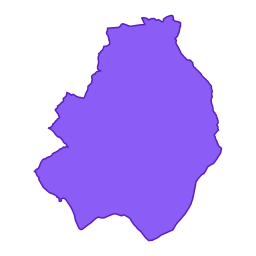 outline of Putna, Suceava, Romania
{"feature_id": "2599482B68434339585175", "entity_name": "Putna", "entity_type": "district", "adm_level": 2, "iso_a3": "ROU", "parent_name": "Romania", "parent_adm1": "Suceava", "projection": "orthographic", "projection_center": [25.576, 47.849], "detail": "fine", "context": "isolated", "style": "filled", "palette": "violet", "viewbox_px": 256, "rotation_deg": 0, "n_neighbors": 0, "source": "geoboundaries", "source_scale": "gbopen_adm2", "svg_char_len": 5607}
<svg xmlns="http://www.w3.org/2000/svg" viewBox="0 0 256 256"><path d="M148.7,240.6L152.4,240.2L157.8,237.6L161.2,235.0L172.8,229.9L173.6,228.8L175.5,225.3L177.2,223.0L185.1,213.9L189.1,207.5L190.9,204.1L192.6,199.1L194.1,192.1L195.3,185.9L196.0,181.7L198.9,177.8L201.4,174.9L203.8,173.6L205.4,171.4L207.4,167.4L208.2,166.5L211.2,164.6L213.3,163.6L214.3,162.5L216.1,160.0L220.6,153.0L221.5,148.6L220.8,147.6L219.0,146.2L218.2,145.2L218.2,144.5L217.7,143.7L217.2,142.9L217.1,142.3L217.0,141.5L216.3,140.2L215.8,139.4L215.5,138.7L215.3,137.4L215.2,137.0L214.2,135.3L214.3,135.0L214.9,134.2L215.7,133.1L217.8,130.5L218.1,130.2L218.4,130.2L218.3,129.8L218.1,129.4L217.9,128.4L217.9,127.0L217.6,125.9L217.0,125.1L217.0,124.5L217.2,124.1L218.0,123.1L218.1,122.6L217.9,120.6L217.6,119.7L217.2,118.2L216.4,116.1L216.0,114.8L215.4,114.2L215.1,113.8L215.0,113.1L214.8,112.8L213.9,112.0L213.3,111.1L213.0,109.3L212.8,107.5L212.3,105.4L211.5,103.5L211.6,103.0L211.2,102.0L211.2,100.4L211.0,99.1L211.5,98.4L212.3,96.9L212.0,95.8L211.6,93.5L211.6,93.1L211.8,92.6L212.3,92.0L212.3,91.4L212.2,90.8L211.9,90.0L211.7,89.5L211.4,89.2L211.5,88.5L211.5,88.0L211.2,85.7L210.4,84.8L209.2,83.6L208.5,82.5L208.0,81.6L206.3,79.9L205.8,79.2L204.6,78.4L204.0,77.7L202.5,76.4L201.7,75.3L201.3,74.3L200.8,73.6L199.1,72.0L198.6,71.3L196.3,69.4L195.5,68.2L195.0,67.8L194.4,67.4L193.7,66.7L193.2,65.7L193.0,64.6L192.7,63.8L192.8,63.3L192.8,62.8L191.2,61.2L190.8,60.6L190.3,60.7L189.9,60.1L189.6,59.9L187.8,60.1L187.0,59.8L186.1,58.9L185.3,57.8L184.0,56.8L183.6,56.2L182.6,55.0L182.5,54.8L181.6,54.1L181.2,53.5L180.8,52.7L180.6,51.9L179.2,49.3L178.5,47.8L176.8,44.9L176.2,43.8L176.0,43.1L175.9,42.5L176.4,40.3L175.8,39.6L175.1,39.0L175.1,38.1L175.9,38.0L176.7,37.1L177.4,36.1L178.0,34.8L178.2,33.5L178.7,33.5L178.8,32.9L179.6,29.7L179.7,28.7L179.8,28.5L179.7,27.9L180.0,26.8L180.3,26.3L180.5,26.4L180.5,22.9L180.0,22.9L179.4,22.7L179.5,22.1L177.0,21.4L175.6,21.3L175.2,21.1L174.7,20.7L174.0,20.2L173.3,19.9L172.9,19.7L173.4,18.7L173.4,18.0L172.9,16.2L172.5,15.7L171.7,15.4L169.7,15.8L166.7,16.9L163.9,18.8L163.4,19.8L163.3,20.9L163.1,21.5L162.4,21.8L161.7,21.7L161.1,21.2L159.1,19.9L158.6,19.7L156.2,20.3L155.7,20.1L155.0,19.0L154.3,18.6L153.4,18.5L152.3,18.7L151.5,18.5L150.4,19.0L149.6,19.6L148.9,19.9L148.3,19.7L147.4,18.7L146.1,18.2L144.4,17.8L143.2,17.7L141.8,18.0L144.7,24.2L144.8,24.6L140.7,24.8L139.0,25.0L131.5,26.2L130.4,26.2L129.1,26.0L124.8,24.3L123.5,23.9L122.6,23.8L122.1,23.9L121.6,24.3L121.2,24.6L120.0,26.4L119.6,26.9L118.5,27.4L107.6,28.2L107.5,29.8L107.3,30.9L106.5,32.4L106.7,33.2L106.7,33.9L107.4,34.9L108.2,36.0L108.4,36.6L108.4,37.6L108.9,38.2L109.0,38.9L108.8,39.9L109.0,40.2L109.3,40.8L109.6,42.4L109.6,43.3L109.3,44.6L108.8,44.8L107.9,45.4L106.1,46.3L105.1,46.2L104.0,46.4L103.8,46.5L103.4,48.3L102.8,49.4L102.3,50.1L101.9,50.6L101.4,50.9L100.8,51.5L100.2,52.6L99.8,53.0L98.7,53.6L99.0,54.4L99.0,54.7L98.2,57.1L98.1,57.6L98.3,59.8L98.6,62.1L98.6,62.9L98.2,64.6L97.7,65.8L97.5,68.0L97.8,69.1L98.7,69.9L100.4,70.8L99.5,71.0L99.1,71.3L98.4,71.3L96.6,71.8L95.5,73.0L95.0,74.1L94.5,73.9L93.6,74.4L92.5,75.3L91.7,76.2L91.7,77.3L91.7,78.2L92.1,79.0L92.1,79.5L92.1,79.9L91.7,81.6L91.7,82.5L91.5,82.9L89.3,85.2L88.1,86.1L88.0,86.3L87.9,89.3L86.9,91.3L85.5,94.3L84.7,96.6L84.2,97.5L83.7,98.1L81.2,97.8L80.8,97.5L80.0,97.4L79.3,97.5L77.1,96.6L76.7,96.5L74.1,94.9L73.6,94.5L73.2,94.4L72.8,94.4L71.5,95.1L69.8,94.1L69.5,93.7L69.1,93.4L68.2,93.0L66.9,92.6L66.8,93.6L66.6,94.2L66.5,95.3L66.4,95.7L64.9,97.3L63.5,98.2L63.2,98.6L63.2,99.1L63.5,100.0L63.5,100.8L63.1,101.6L62.0,102.1L60.2,104.1L58.6,105.4L57.7,105.9L57.5,106.1L57.6,106.5L57.5,107.2L57.1,108.3L56.2,108.8L55.6,109.2L55.3,110.0L55.4,110.3L57.5,113.2L58.2,114.0L58.9,116.1L59.6,117.6L59.3,118.0L57.5,119.0L56.4,120.6L55.9,120.8L55.4,121.4L54.7,122.6L53.7,123.5L52.9,124.0L52.8,124.5L52.7,125.5L49.6,128.1L49.0,127.7L48.6,128.2L49.0,128.5L50.0,128.9L51.5,129.7L52.0,130.2L53.1,131.2L54.8,133.3L55.2,134.1L55.8,134.9L56.6,135.6L57.0,136.1L57.4,136.3L58.2,137.0L58.7,136.9L59.1,137.0L59.3,137.3L59.9,137.3L60.2,137.7L60.5,138.1L61.2,138.5L61.8,139.6L63.1,140.7L63.5,142.3L64.9,143.4L65.3,143.4L66.0,144.0L66.3,144.3L66.5,145.0L66.9,145.3L67.1,145.8L67.2,146.2L67.7,146.6L67.8,147.0L66.9,146.7L66.1,146.7L65.8,146.9L65.4,147.4L65.0,147.5L63.7,147.1L63.3,147.1L62.8,147.6L62.2,148.4L61.6,148.6L60.5,148.9L59.4,149.4L59.2,149.6L58.7,150.5L58.1,150.7L56.8,151.6L56.0,151.9L55.7,152.2L55.1,152.5L54.9,152.7L54.4,152.9L53.8,152.9L53.5,153.1L53.2,153.6L52.5,153.9L52.2,154.4L52.1,154.8L51.9,155.2L51.4,155.8L49.6,156.7L48.7,156.8L48.3,157.0L48.0,157.1L47.6,157.5L46.4,157.9L45.7,158.7L45.0,158.7L44.3,159.2L44.0,159.1L43.3,159.3L42.8,159.6L42.4,160.1L40.6,162.9L39.5,166.2L39.2,166.7L38.3,168.3L37.6,168.8L36.2,169.6L35.6,170.2L35.1,170.9L34.5,171.3L35.7,172.4L36.1,173.0L36.9,175.2L37.4,176.1L38.5,177.1L38.9,177.8L39.0,178.5L38.7,179.0L39.7,181.1L43.3,187.3L48.4,191.8L49.8,192.8L53.8,194.3L56.8,196.2L56.8,196.7L57.0,197.2L57.4,197.6L58.0,197.6L58.5,197.6L58.9,198.2L59.2,199.0L59.2,199.6L59.1,200.8L59.3,201.1L60.3,201.5L60.7,201.4L61.1,201.2L61.4,200.8L61.1,198.9L61.7,198.8L62.3,198.6L62.7,198.3L63.2,198.1L64.5,198.5L66.1,199.9L70.8,207.0L73.0,211.4L74.5,215.5L75.4,220.0L76.8,223.5L79.1,228.4L80.0,229.2L80.7,229.5L82.4,229.2L88.7,224.3L91.1,222.7L95.4,218.7L98.0,217.1L102.2,218.0L104.5,217.7L110.6,215.0L113.4,214.0L115.8,213.8L121.4,215.8L123.6,215.0L124.5,215.0L128.8,217.6L129.8,218.3L130.6,219.3L131.1,220.5L131.7,221.4L133.4,223.9L134.7,225.5L136.0,226.7L138.0,229.2L140.8,231.5L145.7,237.8L148.7,240.6Z" fill="#8b5cf6" stroke="#5b21b6" stroke-width="1.5"/></svg>